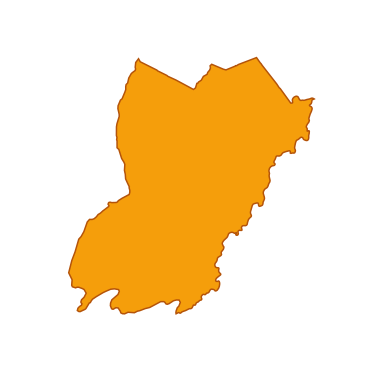 the district of Santa Lucía Cotzumalguapa, Escuintla, Guatemala, rotated 197°
{"feature_id": "79465075B85033757561509", "entity_name": "Santa Lucía Cotzumalguapa", "entity_type": "district", "adm_level": 2, "iso_a3": "GTM", "parent_name": "Guatemala", "parent_adm1": "Escuintla", "projection": "orthographic", "projection_center": [-91.117, 14.294], "detail": "fine", "context": "isolated", "style": "filled", "palette": "amber", "viewbox_px": 384, "rotation_deg": 197, "n_neighbors": 0, "source": "geoboundaries", "source_scale": "gbopen_adm2", "svg_char_len": 6050}
<svg xmlns="http://www.w3.org/2000/svg" viewBox="0 0 384 384"><g transform="rotate(197 192 192)"><path d="M276.6,212.4L274.4,211.3L269.1,203.5L265.6,200.4L264.3,198.7L262.9,192.9L261.0,189.5L259.3,185.1L256.3,181.7L253.4,178.5L253.4,177.7L251.9,175.3L251.4,173.5L251.3,171.3L257.0,165.6L259.9,162.2L260.3,160.9L261.2,159.9L265.6,158.4L267.4,158.3L267.9,158.0L268.4,157.7L268.7,157.0L268.7,155.8L267.4,154.6L267.5,153.7L271.7,147.9L273.4,145.0L275.2,143.0L276.2,140.3L277.8,137.8L279.4,136.6L282.0,135.8L283.4,132.7L283.8,122.5L285.0,117.0L286.5,113.8L286.3,100.6L286.9,91.3L286.3,78.7L281.0,73.0L279.8,67.7L278.7,66.4L275.3,66.3L274.1,67.3L272.5,67.8L268.8,67.6L266.7,67.2L263.6,64.3L264.4,59.8L266.1,56.7L266.1,54.3L265.6,53.6L264.6,53.0L264.6,51.4L266.1,49.6L267.1,47.5L267.0,45.1L265.3,44.6L264.0,44.9L260.0,48.5L259.4,49.4L257.8,55.8L256.9,56.5L256.5,58.5L255.8,60.4L252.9,64.0L247.6,69.8L245.3,71.9L241.4,75.2L237.9,76.7L233.7,77.2L232.5,75.8L232.8,72.3L237.1,65.5L237.4,62.0L236.8,59.4L234.8,56.9L234.0,56.7L233.0,56.9L231.0,59.1L228.7,59.5L225.8,57.1L224.7,55.6L222.9,55.3L220.8,55.8L218.0,58.3L211.8,59.7L209.3,62.1L207.3,63.2L202.7,66.8L198.7,69.2L189.9,78.0L186.9,78.9L185.9,78.7L184.2,77.4L182.9,77.4L181.4,78.4L177.9,82.6L175.3,84.2L172.7,84.9L170.9,83.0L171.2,79.0L172.2,77.1L172.4,73.6L172.1,71.8L171.6,70.9L170.0,72.5L169.5,72.8L168.8,72.8L168.0,72.6L167.4,73.0L166.7,74.2L165.6,75.2L163.4,76.8L160.8,79.3L160.5,79.6L159.0,80.1L158.5,80.6L158.2,81.0L158.0,81.5L157.6,84.2L156.9,84.5L156.2,84.6L155.7,85.1L155.5,87.0L155.2,87.5L154.8,88.0L154.0,88.6L153.0,90.4L152.2,91.1L151.5,91.5L151.3,92.2L151.4,92.7L152.3,93.9L152.5,94.4L152.5,95.3L152.0,96.6L151.6,97.2L151.0,97.5L149.6,97.6L149.0,98.1L148.8,98.8L148.5,99.5L147.8,99.8L147.1,100.3L146.7,100.8L146.4,101.4L146.2,102.7L146.0,103.5L145.6,104.2L145.3,104.6L144.6,104.9L142.8,105.1L142.3,105.0L141.6,104.7L141.0,104.2L140.2,104.4L139.4,105.2L139.1,105.6L138.4,107.9L138.3,109.9L138.6,112.0L139.0,113.2L139.8,114.4L140.5,114.7L141.7,113.9L142.5,113.7L143.2,113.9L143.6,114.5L143.7,115.3L143.6,115.9L143.3,116.8L142.8,117.7L140.6,120.9L140.4,121.4L140.6,122.0L141.8,122.7L142.6,123.2L143.0,123.6L143.3,124.0L143.5,124.6L143.7,125.1L143.8,126.5L144.2,127.1L144.8,127.2L146.1,126.9L146.7,126.9L147.7,127.2L148.3,127.9L148.8,128.7L149.0,129.5L149.0,130.1L148.9,130.8L148.3,132.4L148.1,133.5L148.1,134.2L148.3,136.0L148.1,136.9L147.7,137.5L146.0,139.4L145.7,139.9L145.5,140.8L145.9,141.6L146.3,142.2L146.4,143.1L146.3,143.6L145.3,146.2L145.2,147.1L145.3,148.1L145.4,148.7L146.7,149.8L147.9,151.3L148.1,152.0L148.0,153.1L147.7,154.1L147.3,155.2L145.4,158.5L145.0,159.6L144.8,162.6L144.5,163.3L144.0,163.9L143.2,164.6L142.5,165.0L141.8,165.2L140.6,165.3L139.8,165.0L139.1,165.0L137.8,166.0L137.5,165.5L137.6,164.8L137.7,164.1L137.2,163.7L136.5,163.7L135.9,164.1L135.5,164.7L135.5,165.5L135.6,166.0L136.3,167.0L136.4,167.6L136.3,168.3L136.0,168.8L135.3,169.3L134.4,169.5L133.7,169.6L133.1,170.2L133.4,171.0L134.3,172.2L134.3,173.0L134.1,173.9L133.7,174.5L132.9,174.9L130.9,175.5L130.2,176.1L129.9,176.8L129.8,177.4L130.0,179.2L130.0,181.7L129.7,182.9L129.5,183.5L128.3,185.6L128.2,186.3L128.4,187.0L129.6,188.4L130.1,189.4L130.3,190.3L130.4,196.6L130.3,197.1L130.1,197.9L129.8,198.5L129.0,199.1L126.9,200.4L126.3,200.6L125.5,200.6L125.1,200.1L124.2,198.4L123.5,198.0L122.9,198.2L122.1,198.8L121.4,199.3L120.8,200.1L120.7,201.4L120.9,202.3L121.0,202.8L121.0,203.4L120.8,205.0L120.7,206.5L120.8,207.0L121.3,208.2L123.2,211.1L123.6,212.0L123.8,213.2L123.7,214.1L123.4,215.5L123.0,216.3L121.7,217.9L121.4,218.4L121.2,219.1L121.1,219.6L121.0,221.9L121.0,222.6L120.6,223.9L120.6,225.2L120.8,226.0L122.4,228.8L122.9,229.8L123.2,231.0L123.3,232.3L124.6,234.6L124.7,235.2L124.8,236.4L124.8,237.1L124.6,237.9L124.1,239.1L123.4,240.0L122.4,240.8L121.8,241.0L121.0,241.6L120.7,242.3L120.7,242.9L121.2,243.5L121.8,243.7L122.3,244.2L122.5,244.9L122.4,246.0L122.0,248.2L121.9,250.6L121.4,251.2L120.8,251.5L119.8,251.7L118.9,252.0L118.3,252.5L117.6,253.3L117.4,253.8L117.1,254.9L116.9,255.5L116.4,256.2L115.9,256.7L114.0,258.1L111.2,259.8L110.7,259.9L110.0,259.7L109.7,259.1L109.6,258.6L109.4,258.0L108.7,257.9L107.2,258.7L106.5,258.9L105.9,259.0L105.3,259.5L105.1,260.4L105.1,261.3L105.2,261.8L105.6,262.5L106.5,263.6L106.9,264.6L107.2,267.0L107.4,269.6L107.3,271.4L107.0,272.1L106.1,273.0L105.4,273.8L104.3,275.6L104.0,276.0L103.3,276.4L102.5,276.4L101.8,276.1L100.9,275.1L100.2,274.8L98.5,274.6L97.5,274.7L97.0,274.9L96.4,275.5L96.1,276.3L96.1,277.1L96.2,277.9L96.9,280.1L97.1,282.4L97.5,284.2L97.9,284.7L98.4,284.7L99.0,284.1L99.7,284.1L100.4,286.3L101.0,286.9L101.6,287.4L101.9,288.3L101.7,289.8L101.2,291.7L100.8,292.4L100.7,293.5L100.7,294.7L101.5,295.9L101.8,296.8L101.8,300.9L101.4,304.1L101.4,306.5L101.7,307.3L102.0,307.7L102.7,308.3L103.8,308.6L104.4,308.7L104.9,309.0L105.0,309.6L104.7,310.1L104.0,311.0L103.8,311.7L103.8,313.1L104.0,314.1L104.1,314.9L103.8,315.5L102.8,316.2L102.3,316.7L103.0,316.9L104.2,317.0L105.1,316.7L105.9,316.1L106.7,315.4L109.4,313.9L110.2,313.3L111.3,312.6L112.1,312.3L113.3,312.1L114.6,311.4L115.2,311.4L116.2,311.8L118.4,314.0L119.1,314.2L120.0,314.2L120.5,314.0L121.3,313.4L122.1,312.6L122.6,311.7L122.8,311.1L123.0,310.2L123.0,309.7L122.7,308.7L122.0,307.4L122.0,306.6L122.8,306.1L123.6,305.9L137.9,316.7L139.1,317.2L142.6,320.1L161.9,333.6L163.6,335.0L164.4,335.4L165.6,336.3L169.6,339.4L185.0,327.4L186.3,325.8L187.3,325.5L187.4,325.1L195.2,318.7L197.8,318.6L210.5,319.9L211.6,318.0L210.6,315.9L210.8,313.7L211.9,311.0L212.0,308.9L214.9,305.9L215.8,301.6L217.9,299.1L218.3,297.7L219.1,297.3L219.1,292.5L220.6,290.5L240.2,294.4L249.1,295.6L250.0,296.1L260.3,297.8L261.2,298.3L279.6,301.4L282.1,303.8L283.7,299.4L282.8,294.7L281.9,293.1L281.9,291.5L283.9,288.8L284.7,287.5L285.8,282.5L285.4,277.4L286.4,275.5L286.2,273.4L285.3,270.6L285.4,267.9L286.1,260.7L287.3,258.9L287.9,252.8L287.2,250.0L284.4,245.1L283.7,243.0L283.7,235.3L283.3,232.3L280.8,223.9L279.7,222.2L279.3,219.8L278.7,219.2L276.6,212.4Z" fill="#f59e0b" stroke="#b45309" stroke-width="1.5"/></g></svg>